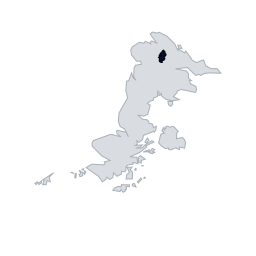 United Kingdom, with Buckinghamshire highlighted, rotated 225°
{"feature_id": "GBR-2040", "entity_name": "Buckinghamshire", "entity_type": "Administrative County", "adm_level": 1, "iso_a3": "GBR", "parent_name": "United Kingdom", "parent_adm1": "", "projection": "mercator", "projection_center": [-0.785, 51.775], "detail": "fine", "context": "in_parent", "style": "filled", "palette": "ink", "viewbox_px": 256, "rotation_deg": 225, "n_neighbors": 0, "source": "natural_earth", "source_scale": "10m", "svg_char_len": 5122}
<svg xmlns="http://www.w3.org/2000/svg" viewBox="0 0 256 256"><g transform="rotate(225 128 128)"><path d="M136.4,203.4L127.0,209.6L124.0,209.2L120.4,206.0L116.7,206.4L118.2,204.8L115.0,203.4L109.3,205.4L106.9,204.0L105.4,200.9L117.6,192.9L119.4,189.1L118.4,187.9L118.1,182.3L111.7,184.3L116.3,178.1L121.8,175.1L126.6,174.4L129.1,176.0L128.4,173.5L129.5,172.9L131.1,175.2L133.0,175.1L129.5,171.3L131.0,167.3L129.7,165.2L131.3,163.0L131.7,159.0L128.4,159.9L123.7,151.7L125.1,147.7L129.8,144.3L124.2,144.4L119.7,147.6L116.4,146.3L113.5,148.0L110.2,146.3L109.2,149.3L106.8,146.1L106.4,143.7L107.6,143.6L111.8,133.7L109.4,129.9L110.2,125.4L112.8,125.2L110.0,123.0L110.4,120.9L105.9,126.2L105.8,122.7L108.3,119.4L104.0,123.6L104.0,128.5L102.1,135.9L99.8,136.4L102.7,127.9L101.4,127.7L102.4,119.1L106.2,109.0L101.1,113.5L95.8,109.8L100.2,107.1L98.8,106.1L101.8,102.0L102.1,99.4L99.5,96.4L99.4,94.6L101.9,93.0L100.1,90.5L101.6,86.1L106.5,86.1L103.7,82.2L104.5,78.7L108.2,78.2L107.3,75.7L108.1,71.8L114.5,73.0L129.6,70.4L127.9,77.0L119.3,84.5L118.8,86.7L120.8,87.4L117.7,92.4L127.0,89.7L140.4,89.8L142.6,91.7L143.6,94.5L135.7,111.4L126.8,116.8L131.5,116.2L134.0,117.7L133.8,119.0L126.2,123.5L121.5,122.1L129.7,124.9L134.6,123.5L139.6,125.9L145.0,132.4L149.6,149.0L155.8,152.8L162.2,160.1L160.9,161.9L164.4,169.6L160.2,167.2L155.9,167.4L159.9,168.0L166.1,174.6L167.0,177.8L163.6,182.5L166.2,184.2L169.3,181.3L177.1,182.1L181.3,185.2L182.3,188.4L180.6,196.6L176.7,199.3L177.1,201.5L171.4,203.6L173.0,204.3L172.9,206.4L167.8,208.3L178.7,210.1L178.5,213.2L174.6,215.6L173.7,217.7L165.4,220.5L154.5,220.5L147.6,218.2L148.5,219.5L140.8,221.2L141.6,222.9L140.8,223.3L130.2,221.3L125.8,222.8L122.7,229.6L117.1,226.9L111.2,228.7L106.9,233.0L101.1,232.4L109.4,224.5L112.8,220.3L113.5,216.8L116.0,215.9L117.2,213.1L128.7,212.8L136.4,203.4ZM97.1,161.3L90.1,161.2L90.2,159.2L86.2,154.7L82.7,159.8L79.6,159.6L76.9,158.3L73.7,153.8L78.0,151.1L76.3,149.1L80.2,147.8L82.2,142.9L83.9,141.6L85.2,142.5L86.9,139.9L92.1,138.8L95.9,139.2L100.4,146.9L98.6,150.2L101.9,149.8L103.1,152.9L102.9,154.0L100.9,152.0L101.0,155.1L102.1,155.3L101.6,157.2L99.2,157.9L97.1,161.3ZM95.1,76.1L93.7,79.8L91.2,81.7L92.6,83.2L86.8,88.8L85.4,87.5L87.9,85.3L85.7,83.6L86.5,82.6L85.3,81.7L86.0,79.1L89.3,79.7L88.7,77.4L94.7,73.2L95.1,76.1ZM95.7,93.9L95.8,97.7L100.9,99.5L97.4,103.2L96.9,100.0L93.7,100.0L88.9,95.1L93.3,90.5L95.7,93.9ZM148.2,27.5L150.4,31.8L151.6,31.2L148.9,43.7L149.0,37.7L144.9,34.8L148.0,33.7L145.9,30.1L148.2,27.5ZM99.7,117.2L93.8,118.2L95.7,114.3L93.8,112.7L96.1,111.2L99.9,114.3L99.7,117.2ZM115.8,173.1L118.7,175.1L115.1,178.3L113.2,176.0L113.0,173.7L115.8,173.1ZM95.9,125.4L96.3,130.7L93.9,131.7L94.0,128.3L91.9,129.9L92.7,126.8L95.9,125.4ZM129.6,60.5L129.4,62.6L132.8,63.6L128.4,64.4L126.3,62.3L127.5,59.6L129.6,60.5ZM107.1,134.7L104.6,134.1L104.2,130.5L106.2,130.0L107.1,134.7ZM151.4,221.8L149.4,223.6L146.0,222.2L148.7,220.4L151.4,221.8ZM97.6,127.6L96.5,126.1L100.3,121.7L99.5,123.9L97.6,127.6ZM84.0,90.2L85.3,91.4L84.3,93.3L80.6,91.9L84.0,90.2ZM83.5,101.8L82.1,101.5L81.8,96.4L83.4,96.6L83.5,101.8ZM151.7,29.7L150.3,27.6L151.1,25.0L152.3,25.8L151.7,29.7ZM133.2,58.7L132.2,59.2L129.6,55.7L130.5,55.2L133.2,58.7ZM128.4,67.0L127.1,67.3L125.9,64.6L127.2,64.7L128.4,67.0ZM154.6,23.0L154.1,25.9L153.0,25.6L153.1,23.0L154.6,23.0ZM136.5,56.9L133.9,57.7L136.7,56.3L136.5,56.9ZM94.2,104.8L93.5,105.0L92.5,103.7L93.7,103.1L94.2,104.8ZM131.3,66.3L130.5,67.8L129.8,66.4L131.3,66.3ZM91.5,111.6L89.9,112.3L92.0,110.8L91.5,111.6ZM81.7,104.8L80.7,105.1L80.3,104.7L81.3,103.7L81.7,104.8Z" fill="#d9dde1" stroke="#a8b0b8" stroke-width="1"/><path d="M153.6,198.2L153.9,198.6L154.6,199.2L155.2,199.7L155.6,199.7L155.9,199.7L155.8,199.9L155.6,200.5L155.9,200.6L156.3,201.0L156.5,200.9L157.0,201.4L157.1,201.6L157.3,201.9L157.3,202.0L157.1,202.0L156.8,202.3L156.4,202.2L156.0,202.1L155.7,201.8L155.8,201.7L155.7,201.6L155.4,201.5L155.1,201.8L155.3,202.2L155.5,202.2L155.7,202.4L155.7,202.6L155.7,202.9L155.9,203.1L156.2,203.2L156.7,203.2L156.9,203.5L157.2,203.4L157.4,203.5L157.1,203.8L157.1,204.0L157.2,204.6L157.6,204.5L157.4,205.2L157.4,205.4L157.4,205.7L157.7,206.0L158.0,206.8L157.8,207.7L157.7,208.0L157.4,207.9L157.4,207.6L157.0,207.6L157.0,207.3L156.9,207.2L156.7,207.3L156.4,207.1L156.1,207.2L156.0,207.3L156.1,207.6L156.2,207.8L155.9,207.8L155.7,207.8L155.4,207.5L155.5,207.3L155.6,207.1L155.6,206.8L155.5,206.6L155.2,206.5L154.8,206.7L154.6,206.6L153.8,206.9L153.6,206.8L153.5,206.7L153.4,206.8L152.9,206.4L152.9,206.2L153.1,206.1L153.1,205.9L152.9,205.9L152.8,205.5L152.9,205.3L152.8,205.1L153.0,205.0L153.0,204.7L153.5,204.7L153.4,204.4L153.5,204.1L153.4,203.8L153.1,203.4L152.5,203.1L152.3,203.2L152.0,203.2L151.7,203.3L151.4,203.2L151.3,202.8L151.0,202.7L150.9,202.1L150.8,201.9L150.8,201.7L151.4,201.9L151.6,201.8L151.6,201.5L151.5,201.2L151.5,200.9L151.3,200.8L151.3,200.6L151.3,200.2L151.6,199.9L151.3,199.8L151.3,199.6L151.3,199.4L151.6,198.9L151.0,198.6L150.6,198.5L150.9,198.2L151.1,198.0L151.8,197.8L151.9,197.6L152.3,197.7L152.7,197.5L152.8,197.5L153.2,198.4L153.4,198.4L153.6,198.2Z" fill="#0f172a" stroke="#020617" stroke-width="1.5"/></g></svg>